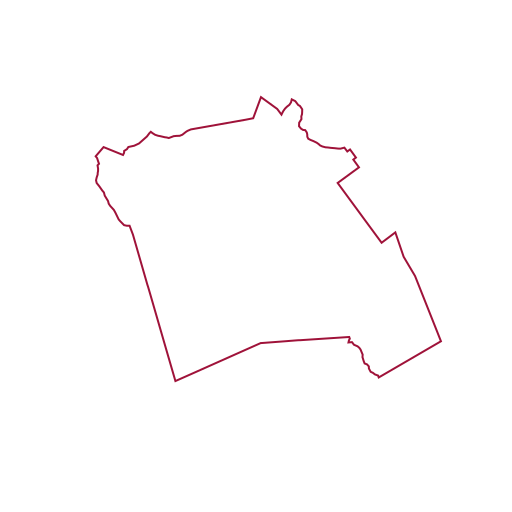 the district of Mossoró, Rio Grande do Norte, Brazil, rotated 324°
{"feature_id": "56859067B95592626644190", "entity_name": "Mossoró", "entity_type": "district", "adm_level": 2, "iso_a3": "BRA", "parent_name": "Brazil", "parent_adm1": "Rio Grande do Norte", "projection": "orthographic", "projection_center": [-37.301, -5.186], "detail": "fine", "context": "isolated", "style": "outline", "palette": "rose", "viewbox_px": 512, "rotation_deg": 324, "n_neighbors": 0, "source": "geoboundaries", "source_scale": "gbopen_adm2", "svg_char_len": 1893}
<svg xmlns="http://www.w3.org/2000/svg" viewBox="0 0 512 512"><g transform="rotate(324 256 256)"><path d="M184.9,81.1L185.0,83.4L183.9,86.7L183.2,89.1L181.1,89.5L179.6,92.5L178.1,94.5L176.8,95.7L175.7,97.1L173.4,98.7L171.1,100.7L170.0,103.3L170.2,107.6L170.1,112.7L170.3,115.2L169.1,118.3L168.6,124.6L167.6,127.1L167.5,129.8L168.1,135.2L167.7,138.4L166.4,145.7L166.6,148.1L167.4,153.5L169.2,155.5L171.5,157.2L169.0,166.4L151.2,215.5L150.6,217.4L148.0,224.7L129.5,275.9L117.3,309.8L137.4,314.1L186.5,324.5L208.6,329.2L210.0,330.1L213.9,332.5L228.8,341.7L240.4,348.8L242.6,350.3L283.8,376.3L283.3,378.0L281.6,378.9L280.0,380.3L283.0,382.1L283.1,385.4L285.1,388.8L285.6,391.0L285.6,393.1L284.3,398.5L282.7,400.4L281.3,404.5L280.7,406.8L282.1,408.9L282.4,411.6L281.2,413.4L280.7,417.1L281.9,419.2L282.6,421.7L284.5,424.5L283.9,426.4L355.5,433.7L357.9,424.4L372.9,365.7L375.0,343.4L382.6,318.8L365.4,319.1L365.2,287.8L365.2,284.3L365.1,266.8L365.0,244.9L391.4,244.8L391.4,235.2L394.7,235.1L394.7,225.1L391.3,225.1L391.2,220.3L387.4,218.8L385.5,217.3L383.0,215.0L380.1,212.5L378.1,210.6L376.1,208.9L374.0,206.3L372.8,204.1L372.5,202.4L371.7,200.0L370.0,196.8L368.3,194.1L367.2,191.8L367.6,189.7L369.0,187.6L369.7,185.9L369.8,183.1L368.2,181.7L367.3,179.5L367.1,176.3L369.3,173.5L373.2,172.0L374.7,169.7L376.6,168.3L378.0,166.6L379.6,164.5L379.7,162.3L379.7,160.3L378.9,158.7L378.8,153.8L377.0,150.3L374.6,152.3L371.9,153.3L368.9,153.4L366.2,153.8L363.2,154.8L361.4,155.7L359.7,156.6L359.6,149.5L353.4,130.4L334.7,142.9L327.8,139.7L277.7,115.3L274.1,114.5L272.2,114.4L267.7,114.6L264.9,113.9L262.6,112.3L259.9,110.7L254.8,109.3L253.4,107.6L252.1,106.4L249.0,102.8L247.4,101.1L245.6,98.6L244.5,95.8L243.9,93.7L241.9,94.0L238.0,95.2L227.5,96.2L224.4,95.6L222.3,95.2L216.8,92.8L214.4,93.7L211.1,93.5L209.9,95.0L207.8,96.1L196.7,78.3L184.9,81.1Z" fill="none" stroke="#9f1239" stroke-width="2"/></g></svg>